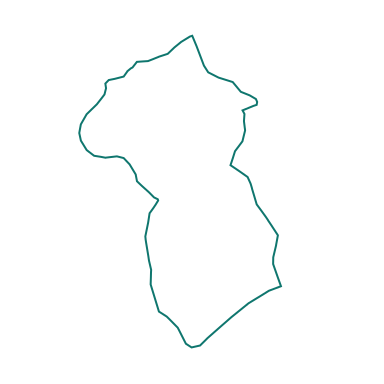 Al Mansuriyah, Al Hudaydah, Yemen (Robinson projection), rotated 252°
{"feature_id": "15242507B31078710685035", "entity_name": "Al Mansuriyah", "entity_type": "district", "adm_level": 2, "iso_a3": "YEM", "parent_name": "Yemen", "parent_adm1": "Al Hudaydah", "projection": "robinson", "projection_center": [43.383, 14.685], "detail": "fine", "context": "isolated", "style": "outline", "palette": "teal", "viewbox_px": 384, "rotation_deg": 252, "n_neighbors": 0, "source": "geoboundaries", "source_scale": "gbopen_adm2", "svg_char_len": 1832}
<svg xmlns="http://www.w3.org/2000/svg" viewBox="0 0 384 384"><g transform="rotate(252 192 192)"><path d="M74.9,247.5L85.3,247.2L98.4,246.9L104.8,249.1L115.3,255.5L115.6,255.6L123.9,260.1L124.3,260.3L132.8,258.0L138.3,256.5L141.4,255.6L141.7,255.6L145.2,254.6L153.3,252.0L160.2,249.7L171.7,250.0L171.8,250.0L176.2,250.1L177.3,250.2L180.8,250.3L181.1,250.3L182.0,250.3L189.1,249.5L197.1,243.5L202.0,239.7L205.6,236.9L210.9,240.8L211.3,241.1L217.5,245.5L224.6,255.6L224.9,255.8L234.1,261.5L235.9,261.9L236.1,261.9L243.3,263.3L250.0,266.0L252.4,265.6L254.0,265.3L254.9,277.1L254.9,280.4L257.5,281.8L260.7,281.5L266.1,276.7L272.2,269.4L284.0,264.7L292.6,252.6L300.8,244.4L308.5,242.4L329.3,241.4L340.5,240.5L340.5,238.1L338.1,228.1L334.9,219.9L330.9,211.6L330.9,202.5L330.8,201.7L330.6,198.6L330.4,195.8L330.1,190.6L331.4,185.5L332.8,179.8L328.8,173.9L328.5,172.1L326.8,167.8L326.6,167.7L322.9,162.7L323.5,153.4L324.2,147.4L321.9,143.1L317.2,142.3L316.6,141.9L311.8,138.9L310.0,136.3L309.1,135.0L308.3,133.8L304.8,128.6L301.8,122.5L301.6,122.0L301.3,121.5L298.5,115.8L290.7,107.2L284.8,104.0L282.9,103.0L275.2,102.2L273.5,102.6L264.4,104.8L262.2,106.3L256.7,110.1L253.6,116.2L251.3,120.4L251.3,120.8L249.1,131.6L245.4,137.5L240.1,140.0L237.6,141.2L226.0,143.9L225.6,143.8L219.2,143.0L213.3,146.2L205.0,151.0L198.6,154.2L195.7,157.2L194.4,157.2L191.2,153.5L188.4,149.9L184.9,145.1L176.2,140.7L164.2,133.9L161.0,133.2L158.0,132.7L144.8,130.7L140.1,129.9L130.8,129.1L130.6,129.1L128.3,128.2L123.2,126.4L118.5,124.7L116.8,124.1L88.5,123.6L81.3,129.5L78.6,130.9L69.0,135.7L67.4,136.5L63.1,137.2L49.6,139.3L46.0,142.2L44.3,143.6L43.6,151.3L43.5,152.2L46.0,157.2L46.9,159.0L48.3,161.7L56.1,179.8L60.8,190.8L66.2,204.9L68.7,211.4L70.9,220.6L71.5,223.2L74.3,234.6L74.4,236.4L74.9,247.5Z" fill="none" stroke="#0f766e" stroke-width="2"/></g></svg>